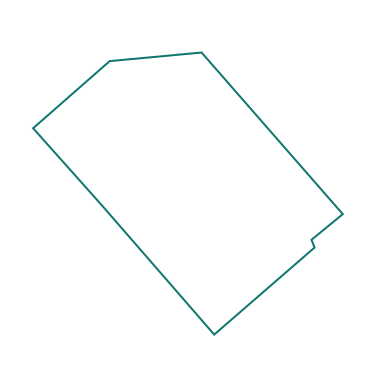 Limestone, Texas, United States of America, rotated 349°
{"feature_id": "52423323B48911079087514", "entity_name": "Limestone", "entity_type": "district", "adm_level": 2, "iso_a3": "USA", "parent_name": "United States of America", "parent_adm1": "Texas", "projection": "orthographic", "projection_center": [-96.581, 31.518], "detail": "fine", "context": "isolated", "style": "outline", "palette": "teal", "viewbox_px": 384, "rotation_deg": 349, "n_neighbors": 0, "source": "geoboundaries", "source_scale": "gbopen_adm2", "svg_char_len": 270}
<svg xmlns="http://www.w3.org/2000/svg" viewBox="0 0 384 384"><g transform="rotate(349 192 192)"><path d="M102.1,189.8L186.6,336.2L301.7,269.9L300.2,261.7L335.8,242.5L228.0,56.9L136.2,47.8L48.2,99.1L102.1,189.8Z" fill="none" stroke="#0f766e" stroke-width="2"/></g></svg>